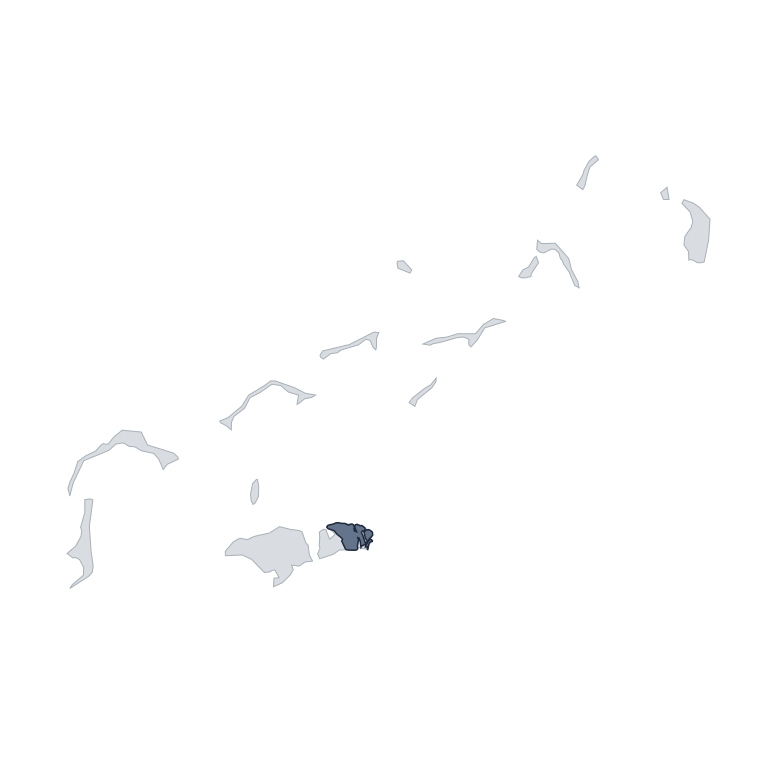 where South Andros sits in The Bahamas, rotated 283°
{"feature_id": "BHS-5022", "entity_name": "South Andros", "entity_type": "District", "adm_level": 1, "iso_a3": "BHS", "parent_name": "The Bahamas", "parent_adm1": "", "projection": "mercator", "projection_center": [-77.637, 23.971], "detail": "fine", "context": "in_parent", "style": "filled", "palette": "slate", "viewbox_px": 768, "rotation_deg": 283, "n_neighbors": 0, "source": "natural_earth", "source_scale": "10m", "svg_char_len": 4638}
<svg xmlns="http://www.w3.org/2000/svg" viewBox="0 0 768 768"><g transform="rotate(283 384 384)"><path d="M221.5,314.3L221.3,325.8L222.2,334.4L221.4,337.5L212.0,343.3L209.6,346.5L200.7,349.7L195.4,354.2L192.7,346.9L187.5,342.4L186.7,334.7L182.7,337.3L177.0,335.7L167.6,329.8L161.6,321.9L170.0,320.5L171.7,325.4L178.3,319.4L176.8,316.2L175.6,315.8L173.4,309.9L183.4,294.3L185.5,284.2L181.0,268.1L185.2,267.0L196.4,272.7L201.4,278.3L201.6,285.9L206.3,291.8L213.1,306.0L221.5,314.3ZM228.9,357.8L229.1,360.0L220.5,366.0L226.7,370.3L232.6,361.0L237.3,368.5L239.8,382.7L239.4,385.1L239.8,387.2L240.7,390.0L241.0,393.9L236.2,406.2L219.1,404.9L218.7,394.5L216.1,392.5L212.1,377.7L206.7,372.9L199.3,360.7L203.6,357.5L209.4,358.6L212.3,357.1L220.3,355.9L225.1,354.2L228.9,357.8ZM629.8,644.8L627.1,651.6L617.9,664.6L597.5,667.9L574.9,668.5L573.2,664.9L572.7,661.8L574.3,657.0L574.2,655.0L573.3,653.1L581.5,651.0L586.9,645.0L595.4,643.9L606.0,648.2L611.8,648.3L620.3,643.7L627.1,633.6L631.1,634.9L629.8,644.8ZM266.3,199.7L264.5,200.5L257.0,190.9L251.0,188.1L260.4,181.2L264.5,175.4L264.4,162.6L266.7,155.6L265.9,149.5L268.0,143.3L265.2,136.3L257.3,130.7L241.7,108.7L217.0,103.3L204.2,103.1L211.2,99.5L217.7,100.0L227.7,102.1L239.6,103.1L247.0,109.6L253.9,118.2L260.3,121.7L262.8,123.9L262.6,126.4L263.6,128.8L271.8,132.8L280.1,139.3L282.6,158.3L271.4,167.3L269.3,194.7L266.3,199.7ZM156.6,120.0L167.1,123.0L172.7,122.6L176.1,120.6L191.6,121.4L204.1,118.5L206.0,123.7L205.7,126.4L179.0,128.9L154.6,136.4L141.2,141.6L134.9,142.1L130.1,139.4L114.0,123.8L118.3,125.4L130.2,134.2L137.6,132.6L144.5,126.8L145.5,122.4L144.5,120.3L147.6,113.3L156.6,120.0ZM316.3,239.7L330.5,250.5L342.7,254.6L355.8,268.1L361.5,272.9L362.5,277.3L360.3,297.3L357.3,309.3L357.8,319.8L354.7,316.7L351.6,309.8L346.4,305.8L344.7,303.8L353.9,303.3L354.7,292.5L359.2,283.9L358.6,275.0L347.8,265.1L340.5,256.5L329.2,253.7L318.7,245.1L312.5,244.0L304.9,245.5L307.6,240.4L309.5,233.6L310.9,232.3L316.3,239.7ZM472.8,485.8L472.3,488.3L461.3,469.5L447.6,464.9L439.7,460.4L441.3,457.8L446.8,456.6L447.7,450.7L445.4,444.2L438.1,431.2L434.1,422.4L432.2,420.3L431.7,412.9L440.3,424.4L443.8,434.6L449.6,444.6L453.5,461.8L464.5,467.6L472.4,475.9L472.8,485.8ZM527.7,549.6L521.6,552.5L523.0,547.6L534.6,539.4L541.1,532.2L544.7,529.6L546.0,527.6L551.1,524.9L553.7,520.3L553.0,516.5L547.6,510.2L547.7,505.8L549.5,502.6L558.6,501.2L556.2,505.9L559.7,519.2L547.8,535.8L537.5,541.0L527.7,549.6ZM432.3,362.5L432.9,367.4L427.1,366.4L418.5,368.3L415.4,368.3L417.4,365.0L423.3,360.6L423.6,356.3L416.3,350.2L407.7,334.9L403.7,331.2L401.8,325.5L394.6,319.3L396.1,316.0L397.6,315.2L402.4,316.8L413.4,338.8L414.2,340.9L432.3,362.5ZM628.6,529.5L634.0,530.8L636.9,530.8L646.8,533.6L652.7,537.4L654.0,539.0L650.9,542.5L641.7,535.9L633.8,535.1L622.6,535.2L618.1,534.0L621.1,527.0L628.6,529.5ZM540.6,501.9L542.6,503.6L537.0,507.3L524.6,502.7L521.8,503.0L519.3,498.0L518.4,494.4L519.0,491.0L526.4,493.6L530.4,498.5L540.6,501.9ZM255.8,285.0L246.0,287.0L239.0,285.1L237.2,283.5L240.2,280.9L246.8,278.7L257.4,278.4L262.0,281.0L262.6,282.2L255.8,285.0ZM401.5,433.5L397.9,434.1L391.4,431.6L376.3,420.1L369.2,419.1L371.5,412.6L376.9,414.9L389.1,424.8L393.7,429.7L401.5,433.5ZM508.4,375.1L501.5,385.3L497.9,384.4L500.0,371.5L504.7,369.5L506.6,369.6L508.4,375.1ZM639.4,615.6L627.9,620.2L626.7,614.8L632.6,610.5L639.4,615.6Z" fill="#d9dde1" stroke="#a8b0b8" stroke-width="1"/><path d="M221.5,378.1L223.1,378.6L224.4,377.4L227.1,371.9L228.9,369.8L229.8,368.4L230.1,366.6L230.2,364.2L230.5,361.9L231.6,360.5L233.3,360.8L234.6,362.7L235.6,365.1L236.6,366.8L237.7,368.1L238.3,369.6L238.6,371.2L238.7,374.4L239.2,376.4L239.3,377.2L239.2,378.3L238.7,380.1L238.6,381.1L238.9,381.6L240.1,383.4L240.4,384.3L240.1,385.4L239.5,386.2L238.9,386.7L238.6,386.9L237.8,387.4L235.9,387.4L234.2,388.1L233.9,390.5L236.9,388.3L238.7,387.5L240.4,387.8L241.2,389.2L240.6,392.8L241.1,394.4L239.6,397.7L238.4,398.3L236.3,397.7L236.6,398.9L238.1,400.1L238.6,401.5L238.5,402.8L238.0,404.2L237.4,405.4L236.9,406.1L234.2,407.0L232.1,406.1L230.2,404.7L228.0,404.1L229.5,405.9L229.5,406.8L228.7,408.0L228.0,408.0L226.6,406.0L224.0,405.3L218.5,405.5L221.5,404.1L221.0,402.5L222.9,402.6L227.4,404.1L227.9,402.4L228.8,401.2L230.0,400.3L234.7,398.1L236.0,397.1L236.0,396.0L234.4,395.4L232.9,396.3L231.5,397.6L230.0,398.3L225.0,401.5L225.3,401.8L225.6,402.1L223.5,401.9L221.4,398.9L219.7,398.3L225.4,396.2L228.2,394.4L228.7,392.4L227.4,393.8L225.7,394.3L221.1,394.4L219.9,394.6L218.8,395.1L217.8,395.4L216.7,395.1L216.0,394.3L215.5,393.2L214.2,386.8L214.1,384.4L214.7,383.4L218.2,380.7L221.5,378.1Z" fill="#64748b" stroke="#1e293b" stroke-width="1.5"/></g></svg>